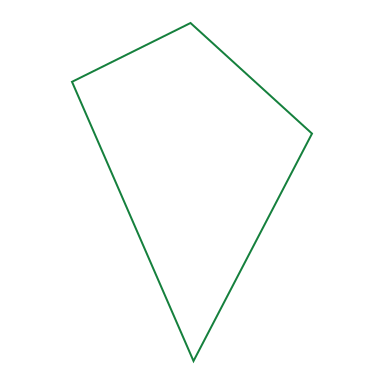 Sonsorol, Mercator projection
{"feature_id": "PLW-5259", "entity_name": "Sonsorol", "entity_type": "state/province", "adm_level": 1, "iso_a3": "PLW", "parent_name": "Palau", "parent_adm1": "", "projection": "mercator", "projection_center": [132.22, 5.301], "detail": "fine", "context": "isolated", "style": "outline", "palette": "green", "viewbox_px": 384, "rotation_deg": 0, "n_neighbors": 0, "source": "natural_earth", "source_scale": "10m", "svg_char_len": 184}
<svg xmlns="http://www.w3.org/2000/svg" viewBox="0 0 384 384"><path d="M193.5,361.0L72.0,81.8L190.5,23.0L312.0,133.6L193.5,361.0Z" fill="none" stroke="#15803d" stroke-width="2"/></svg>